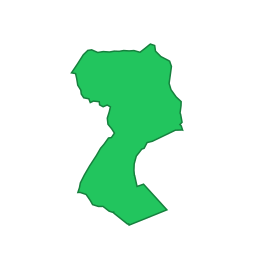 outline of Karlstad, Värmland, Sweden, rotated 304°
{"feature_id": "70781695B32698767031926", "entity_name": "Karlstad", "entity_type": "district", "adm_level": 2, "iso_a3": "SWE", "parent_name": "Sweden", "parent_adm1": "Värmland", "projection": "natural_earth1", "projection_center": [13.634, 59.463], "detail": "fine", "context": "isolated", "style": "filled", "palette": "green", "viewbox_px": 256, "rotation_deg": 304, "n_neighbors": 0, "source": "geoboundaries", "source_scale": "gbopen_adm2", "svg_char_len": 1251}
<svg xmlns="http://www.w3.org/2000/svg" viewBox="0 0 256 256"><g transform="rotate(304 128 128)"><path d="M81.9,206.0L90.1,172.3L84.6,168.2L92.4,160.0L92.5,159.8L92.4,159.7L96.2,156.6L101.7,153.2L109.3,150.6L118.1,151.2L120.2,152.7L126.6,152.0L130.6,155.6L152.7,168.5L156.7,174.1L156.8,174.4L159.5,171.0L159.9,169.1L163.0,169.6L168.9,163.8L169.3,163.0L169.1,163.0L176.1,159.5L179.6,157.3L180.7,150.5L183.8,142.2L188.0,137.1L195.6,133.4L203.3,129.6L206.7,125.1L205.6,115.3L207.1,107.8L211.3,104.0L210.1,99.6L208.6,99.1L203.6,97.6L197.5,95.6L195.5,89.6L192.5,85.8L189.8,81.1L186.7,77.9L184.0,73.6L180.6,70.1L177.5,64.7L173.7,60.7L172.5,54.2L170.4,51.9L169.9,51.3L163.7,50.0L152.7,50.3L142.1,50.3L143.8,54.1L140.1,58.0L135.4,62.4L133.0,67.7L130.0,70.3L128.3,74.4L130.3,79.2L128.0,82.5L131.0,84.3L133.7,89.5L131.3,91.5L131.7,95.5L135.4,97.9L135.7,101.6L131.0,103.4L124.6,105.3L119.9,109.3L118.2,115.0L116.2,119.6L110.8,119.6L108.8,117.4L101.0,117.2L96.0,116.6L93.1,116.8L87.5,117.2L75.1,117.4L64.6,118.1L55.9,119.2L51.2,121.2L46.5,122.5L47.8,124.3L49.5,130.4L46.8,137.3L44.7,141.5L46.4,147.3L49.0,151.1L48.5,158.8L49.8,163.4L50.0,163.4L49.5,163.9L48.1,181.3L48.9,182.2L48.1,183.2L81.9,206.0Z" fill="#22c55e" stroke="#15803d" stroke-width="1.5"/></g></svg>